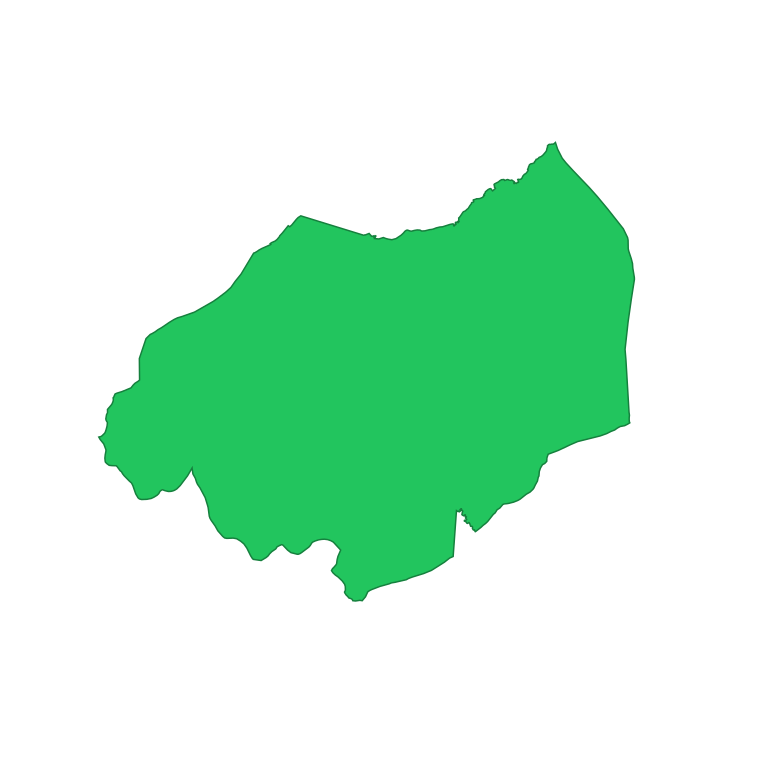 Bua Lai, Nakhon Ratchasima, Thailand (Mercator projection), rotated 333°
{"feature_id": "78962969B37861648754674", "entity_name": "Bua Lai", "entity_type": "district", "adm_level": 2, "iso_a3": "THA", "parent_name": "Thailand", "parent_adm1": "Nakhon Ratchasima", "projection": "mercator", "projection_center": [102.534, 15.669], "detail": "fine", "context": "isolated", "style": "filled", "palette": "green", "viewbox_px": 768, "rotation_deg": 333, "n_neighbors": 0, "source": "geoboundaries", "source_scale": "gbopen_adm2", "svg_char_len": 6171}
<svg xmlns="http://www.w3.org/2000/svg" viewBox="0 0 768 768"><g transform="rotate(333 384 384)"><path d="M646.4,246.6L644.5,247.1L643.5,247.1L642.6,246.5L641.1,246.1L640.1,245.5L639.2,245.5L637.7,246.1L637.3,247.2L636.4,247.8L635.1,249.4L634.2,250.3L629.6,252.2L627.4,252.7L625.0,252.5L624.2,252.9L622.8,253.2L621.5,252.9L620.6,253.7L619.0,254.3L618.6,255.0L618.2,255.1L616.6,255.0L614.8,254.5L613.6,254.6L613.0,254.8L612.4,255.4L611.4,256.1L610.4,257.3L609.4,257.9L609.3,258.2L609.6,258.9L609.4,259.3L608.5,259.6L607.4,260.3L605.8,260.9L604.3,260.9L603.3,261.3L602.1,261.8L600.2,263.3L599.3,263.6L597.8,263.4L596.5,262.5L596.0,262.5L595.7,264.9L595.5,265.3L595.2,265.4L594.3,264.9L593.1,265.4L592.3,264.5L590.9,264.5L590.8,264.2L591.2,263.4L591.9,263.3L591.9,263.0L591.6,262.2L591.0,261.4L590.5,260.3L589.0,260.0L587.9,259.0L587.4,258.3L586.7,257.8L584.0,257.5L583.8,257.3L583.8,256.5L583.6,256.2L581.4,255.3L579.2,255.5L577.8,255.9L573.5,255.9L573.0,256.0L572.4,256.5L572.5,257.8L571.8,258.5L571.8,259.0L572.2,259.9L572.1,260.3L568.7,261.2L568.4,261.2L568.3,260.9L567.9,258.5L567.5,258.2L566.7,258.0L565.0,258.0L561.6,258.8L560.6,259.9L559.7,260.2L558.8,260.8L558.6,261.1L559.0,261.4L559.0,261.7L557.7,261.8L556.9,262.5L554.2,262.3L553.0,262.1L550.6,261.0L549.1,260.9L547.2,260.5L546.9,260.8L546.9,262.0L546.6,262.4L545.8,262.5L545.0,262.2L544.3,262.3L543.6,263.1L541.5,264.1L538.7,265.8L537.0,266.1L535.2,266.7L533.0,266.6L532.3,266.8L528.6,268.9L527.0,269.7L525.9,270.0L525.2,271.6L524.4,272.4L524.4,272.6L524.7,273.2L524.3,273.5L523.2,273.9L523.1,273.6L523.3,273.0L523.2,272.8L522.7,272.8L522.0,273.0L521.4,272.5L521.0,272.5L520.8,272.9L520.5,274.5L519.1,274.6L518.3,275.0L518.0,274.8L518.0,274.4L518.7,273.7L518.8,273.2L517.4,272.3L517.0,272.3L515.4,271.8L507.5,270.5L505.1,269.5L501.3,268.6L498.1,268.3L496.0,267.7L495.2,267.3L490.0,266.1L487.0,264.8L485.9,263.2L483.5,261.8L480.6,260.9L477.8,260.3L476.6,259.4L474.9,257.6L473.8,257.2L472.0,257.4L469.9,258.3L466.8,259.2L460.7,259.9L456.5,259.0L453.6,256.9L451.7,255.2L449.9,253.2L445.2,252.4L441.6,250.1L443.9,248.5L443.4,247.8L441.7,248.3L441.9,247.3L440.4,247.0L439.8,246.5L439.9,246.0L439.5,244.9L439.1,243.1L435.0,242.7L434.5,242.4L433.5,242.3L386.2,196.4L383.1,196.7L380.7,197.5L374.1,200.4L371.5,201.1L370.5,199.5L362.0,203.3L358.4,204.6L357.6,205.3L355.7,206.1L354.3,206.7L351.9,207.2L348.1,207.0L346.3,207.2L346.4,208.3L336.7,207.8L333.3,207.9L331.5,208.2L328.6,208.4L327.3,208.2L306.5,221.2L298.0,225.0L291.4,228.5L284.4,230.4L274.3,232.2L268.9,232.9L247.7,233.9L233.7,232.0L230.1,231.3L226.4,231.2L220.9,231.6L211.5,232.8L207.3,233.0L203.8,233.6L200.0,233.8L198.3,233.7L192.6,235.5L177.6,250.2L168.0,269.5L166.4,269.9L162.4,270.3L160.0,271.1L156.8,272.6L147.0,271.8L141.9,270.9L139.9,270.8L138.1,272.2L137.7,272.7L136.3,273.4L135.9,274.7L134.9,276.3L132.7,278.2L131.2,279.0L126.1,281.1L124.6,284.1L122.8,285.4L120.3,288.8L119.9,290.5L120.1,292.5L119.8,293.2L118.1,295.8L115.6,298.6L113.5,300.6L112.5,301.1L109.3,302.1L108.1,302.3L105.8,301.8L105.9,304.5L107.1,310.2L106.4,316.3L105.8,317.5L103.4,320.6L101.6,323.4L100.6,326.0L100.3,327.0L100.8,328.9L102.2,331.7L104.5,333.2L108.3,335.3L108.7,336.4L109.5,341.5L110.2,342.9L110.3,343.8L110.3,345.1L110.8,347.7L113.0,354.8L114.1,357.6L114.1,360.6L112.9,369.2L113.2,373.8L113.9,375.4L115.6,376.9L120.4,379.1L124.6,380.3L127.7,380.4L131.3,380.1L133.6,379.4L135.5,378.0L137.1,377.6L138.6,377.6L140.4,379.6L143.0,381.8L145.3,382.9L147.3,383.4L149.2,383.6L151.8,383.4L156.4,381.9L167.3,376.6L174.9,371.7L173.1,376.8L172.9,377.7L173.1,382.2L172.4,386.4L172.3,388.8L172.9,393.1L173.1,404.1L171.6,412.5L171.2,414.3L168.3,422.5L168.0,424.6L168.1,426.9L169.1,433.8L169.3,439.4L171.1,446.5L172.1,448.8L173.9,450.2L179.6,452.8L182.5,455.0L184.9,458.9L186.6,462.9L187.3,468.0L187.2,476.6L187.5,479.7L187.9,480.9L194.4,485.5L200.3,485.1L202.8,484.5L204.9,483.4L208.0,482.4L212.7,481.8L214.9,480.5L217.8,480.5L220.0,480.7L220.8,481.7L222.7,488.2L224.5,492.0L229.3,496.2L230.1,496.7L231.9,497.0L234.0,496.8L243.0,495.2L245.0,494.4L247.4,492.9L248.6,492.5L251.4,492.6L255.1,493.2L258.1,494.2L260.4,495.2L263.2,497.1L265.6,499.6L267.1,501.9L270.0,512.3L264.7,516.7L262.6,519.1L260.1,522.7L259.2,523.3L255.3,524.9L254.5,525.0L252.5,526.4L252.8,529.0L253.9,532.1L255.5,535.1L257.4,540.6L258.0,544.5L257.6,546.8L256.2,549.8L255.5,550.7L254.5,551.3L254.2,552.0L254.5,554.9L255.2,556.8L255.5,558.6L257.6,560.8L257.9,562.0L257.8,562.9L260.1,564.4L264.3,565.8L266.2,567.2L270.9,565.2L275.2,561.8L277.9,561.5L280.0,561.6L288.5,562.5L297.9,564.4L300.4,564.6L303.8,565.7L315.0,568.5L317.6,568.4L321.8,568.9L333.3,570.9L341.8,571.6L356.9,570.2L363.4,568.9L367.3,569.1L391.1,529.7L391.7,530.9L392.7,531.2L392.8,531.9L393.0,532.1L394.8,531.8L394.8,531.5L394.5,530.8L394.6,530.5L395.8,530.1L396.3,530.3L396.1,531.6L396.5,533.0L395.1,534.4L394.1,535.8L394.9,537.3L395.4,537.8L395.9,537.9L396.5,537.3L396.9,537.4L397.0,537.8L396.4,538.7L397.1,539.7L396.8,540.1L396.0,540.2L395.8,540.3L396.2,541.9L396.1,542.3L395.3,542.5L393.8,542.0L393.5,542.3L393.4,542.7L394.4,543.7L394.6,545.4L394.9,546.0L395.4,546.2L396.7,546.0L397.0,546.4L397.0,547.3L396.6,550.0L396.8,550.3L397.8,550.7L398.0,551.3L397.8,551.9L397.2,552.9L397.3,554.4L397.4,554.7L398.1,554.8L398.4,555.0L398.2,556.0L398.3,557.0L398.8,557.0L405.2,555.8L408.2,554.9L411.2,554.4L413.9,553.6L422.2,549.8L424.5,549.3L427.7,547.4L430.9,547.1L435.2,545.3L436.9,545.5L439.1,546.4L441.0,547.0L445.9,548.1L450.3,548.5L452.9,548.4L460.8,546.8L465.1,546.6L468.8,545.5L470.2,544.8L472.9,542.7L476.7,540.1L479.1,537.1L480.3,536.3L482.7,532.4L485.4,529.8L488.6,527.8L491.1,527.8L493.9,526.8L495.6,523.8L498.4,521.1L509.0,522.3L522.6,522.7L530.4,523.2L553.0,528.4L560.0,529.3L564.7,529.3L568.7,529.7L572.0,529.2L575.1,529.1L579.6,530.4L582.8,530.4L585.4,530.2L585.5,529.0L586.4,526.8L587.2,525.3L588.5,523.3L589.5,520.4L610.7,471.9L614.5,462.6L629.6,439.6L642.8,420.8L654.6,404.5L655.4,402.8L658.3,393.7L660.1,389.5L661.2,384.6L662.4,376.7L663.0,374.4L666.8,366.6L667.5,364.1L667.7,354.3L662.7,329.4L659.1,313.6L656.1,302.2L649.4,279.9L646.5,269.5L645.3,263.7L645.3,253.7L646.4,246.6Z" fill="#22c55e" stroke="#15803d" stroke-width="1.5"/></g></svg>